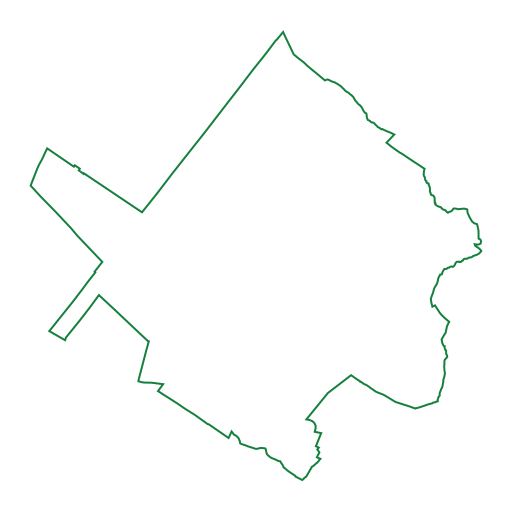 Villa de Tezontepec, Hidalgo, Mexico (Robinson projection)
{"feature_id": "50627088B126252484853", "entity_name": "Villa de Tezontepec", "entity_type": "district", "adm_level": 2, "iso_a3": "MEX", "parent_name": "Mexico", "parent_adm1": "Hidalgo", "projection": "robinson", "projection_center": [-98.78, 19.914], "detail": "fine", "context": "isolated", "style": "outline", "palette": "green", "viewbox_px": 512, "rotation_deg": 0, "n_neighbors": 0, "source": "geoboundaries", "source_scale": "gbopen_adm2", "svg_char_len": 5983}
<svg xmlns="http://www.w3.org/2000/svg" viewBox="0 0 512 512"><path d="M283.1,32.0L278.2,38.0L277.0,39.6L276.6,39.7L275.3,41.1L266.2,53.2L253.1,69.6L240.3,86.4L216.4,117.3L205.0,132.1L189.1,152.2L172.3,173.5L157.5,192.9L142.0,212.3L84.0,173.4L83.7,174.0L78.8,170.4L79.8,168.7L74.8,165.3L73.9,166.7L47.2,148.4L45.8,151.2L42.2,159.0L38.9,165.0L37.3,168.5L31.8,182.6L30.7,185.7L40.4,196.3L55.1,211.3L71.3,228.5L77.1,235.5L77.9,236.3L102.3,261.9L94.6,271.7L95.3,272.4L87.8,281.9L82.5,289.1L72.3,302.4L49.3,331.1L65.1,340.2L66.0,337.5L79.9,320.3L89.5,307.9L98.9,295.1L114.2,309.3L147.9,341.1L148.8,341.3L146.8,348.5L146.7,348.8L143.3,361.8L138.5,380.3L138.4,381.2L141.1,382.1L143.7,382.5L145.7,382.6L151.6,382.7L163.1,384.2L158.0,391.1L177.1,403.3L184.8,408.6L187.6,410.4L194.7,414.8L207.7,424.1L208.7,424.3L228.6,438.0L231.6,431.5L233.9,434.6L236.3,435.8L238.5,438.1L239.8,441.2L240.2,443.4L241.9,444.2L242.9,444.5L244.4,445.0L246.2,445.6L247.4,446.1L248.3,446.5L249.2,446.7L250.0,447.0L250.9,447.4L251.8,447.5L252.7,447.8L254.7,448.6L256.6,448.9L259.2,448.3L260.8,447.9L263.0,448.1L265.2,448.4L265.6,448.8L265.9,450.1L266.6,453.2L267.0,454.3L269.0,456.2L269.8,456.9L270.5,457.4L272.1,458.2L275.6,459.6L276.2,459.8L277.6,460.7L279.8,461.3L280.3,461.3L281.3,463.2L282.1,464.2L282.8,465.3L283.7,467.4L286.0,469.2L287.3,470.4L289.2,471.8L292.4,473.9L294.6,475.3L295.4,476.0L295.4,476.5L302.2,480.0L303.3,479.2L304.2,478.1L305.1,477.4L306.0,476.8L306.9,475.5L309.3,471.3L310.4,469.4L311.1,468.4L311.7,466.9L313.1,466.1L315.3,464.2L316.2,463.4L317.3,462.6L320.4,458.8L316.9,457.3L319.4,452.4L317.3,449.4L318.8,447.6L315.9,446.2L321.2,433.1L314.7,431.8L315.2,429.9L315.6,428.7L315.6,425.5L314.1,422.7L312.4,421.2L309.6,420.0L306.4,419.4L327.9,393.0L351.1,375.2L356.3,378.9L360.3,381.4L360.2,381.7L361.8,382.4L363.1,383.4L364.5,384.3L365.7,384.6L367.9,386.0L369.2,386.9L370.3,387.8L373.1,389.7L374.4,390.7L376.0,391.7L377.5,392.4L383.2,394.6L384.3,395.2L385.3,395.8L386.8,396.7L388.3,397.5L389.6,398.4L395.6,402.0L409.4,406.4L415.2,408.5L415.5,408.2L415.9,408.1L416.8,408.1L418.6,407.6L423.9,405.9L427.5,404.6L429.7,403.9L430.9,403.7L432.3,403.3L432.8,402.8L433.7,402.5L435.7,402.1L436.2,401.7L437.8,401.3L437.6,400.2L437.7,399.5L438.3,398.2L438.3,397.2L439.7,395.7L439.6,393.4L440.1,391.9L440.4,391.5L440.8,390.0L441.3,388.8L442.0,387.7L442.5,386.1L442.9,383.6L443.2,382.7L443.3,380.8L443.4,379.8L444.5,376.0L444.5,375.1L444.8,374.5L444.9,373.2L444.5,370.7L444.3,368.4L444.2,366.5L444.4,364.3L444.4,361.8L444.5,360.8L444.7,360.1L445.3,359.1L446.2,358.2L447.2,357.0L447.1,355.6L446.2,353.9L446.1,351.7L446.1,350.4L445.2,349.8L444.5,347.2L444.7,346.2L443.6,345.8L442.3,343.2L441.6,339.4L443.6,335.9L444.6,334.3L445.6,332.8L446.6,328.1L446.9,326.6L448.2,323.6L449.2,321.8L444.8,318.1L442.9,316.3L441.3,314.7L439.7,312.7L435.0,305.4L432.4,306.7L431.4,302.8L430.8,298.6L433.1,292.5L433.9,289.4L434.6,287.5L435.9,285.6L437.2,283.1L437.9,280.6L438.1,279.0L438.9,276.8L439.7,275.7L439.9,274.8L440.4,274.5L441.1,274.5L441.8,274.3L442.1,273.9L442.3,272.7L442.6,272.0L443.0,271.1L443.8,269.9L444.2,269.2L444.4,269.0L446.4,268.9L446.9,268.6L447.4,268.1L447.9,267.8L448.9,267.7L449.5,267.2L450.4,266.7L451.5,266.5L452.1,266.5L452.8,266.9L453.2,266.7L453.5,266.5L453.9,266.1L455.2,264.3L455.2,263.6L455.4,263.3L455.7,262.9L456.1,262.5L456.6,261.9L456.8,261.8L459.3,261.7L459.4,262.0L459.9,262.1L460.7,261.9L461.5,261.5L461.8,261.3L462.1,260.6L463.0,260.4L463.4,259.8L463.5,259.5L463.7,259.2L464.1,258.9L465.4,258.7L466.3,258.9L466.7,258.8L467.2,258.6L468.2,258.1L468.6,257.7L468.9,257.6L470.3,257.5L470.6,257.4L471.7,257.1L472.4,256.7L472.6,256.4L473.4,255.9L476.6,254.9L478.7,253.8L480.3,252.3L481.3,251.0L480.4,249.7L478.5,248.0L475.3,245.9L474.7,244.2L478.0,244.7L480.5,243.7L481.1,241.5L480.4,239.5L478.6,238.6L478.5,230.6L477.1,224.2L474.1,223.2L472.0,221.4L470.3,218.5L469.0,216.1L467.5,212.5L467.3,209.6L466.8,209.2L465.8,209.0L464.2,208.6L457.9,209.2L456.0,208.6L453.8,208.5L453.1,209.0L452.1,210.6L451.6,210.9L450.7,211.5L450.0,211.7L449.2,212.0L448.8,212.2L447.9,212.7L447.0,212.2L446.5,211.5L445.9,210.9L445.3,210.2L444.8,210.1L444.0,209.8L443.4,209.6L443.1,209.5L442.0,208.6L441.7,208.5L441.6,208.4L441.4,207.9L441.2,207.5L440.9,207.3L440.1,207.0L439.3,206.8L438.6,206.5L438.2,206.4L436.6,205.5L435.9,204.9L435.4,204.4L435.2,204.1L435.5,203.5L435.5,203.3L435.1,202.9L434.7,202.7L434.7,202.4L434.9,202.0L434.9,201.7L434.7,201.2L434.6,200.8L434.7,200.3L434.6,200.0L434.6,199.7L434.7,199.0L434.6,198.2L434.5,197.5L434.2,197.0L433.9,196.6L433.7,196.2L433.4,195.6L432.9,195.4L432.4,195.3L431.4,195.0L430.9,194.5L430.6,193.0L430.1,192.1L429.9,191.2L430.0,188.9L429.8,188.0L429.8,187.5L429.6,186.8L429.2,186.1L429.1,185.6L428.9,185.0L428.7,184.5L428.6,184.2L428.6,183.7L428.5,183.4L428.1,183.3L427.2,183.2L426.7,182.6L426.4,182.1L426.5,181.2L425.7,180.6L425.3,180.0L424.9,178.6L424.9,177.5L424.4,176.6L424.0,176.1L423.7,174.9L423.8,173.8L423.8,172.1L424.1,170.8L424.3,169.8L424.3,168.8L424.4,168.7L418.7,164.9L414.1,161.9L406.9,157.1L403.1,154.5L400.5,152.9L399.9,152.7L396.4,150.2L395.7,149.8L395.1,149.2L394.3,148.8L393.0,147.7L391.5,146.8L389.8,145.3L386.5,142.7L394.3,134.5L391.7,133.3L390.6,132.7L387.8,131.6L384.7,130.3L382.4,129.1L381.8,129.4L380.4,128.6L379.1,127.6L377.9,127.2L376.8,125.9L375.4,124.6L374.2,123.2L372.9,122.5L371.6,122.4L371.0,122.1L369.9,120.9L367.8,119.9L367.1,118.3L366.7,116.2L366.6,114.3L366.2,113.3L365.4,113.0L364.6,112.4L363.7,111.1L362.8,109.5L362.3,108.3L361.4,106.9L360.1,105.4L358.4,104.2L357.0,102.5L355.6,100.9L355.1,100.3L353.1,96.7L352.4,96.2L351.5,95.2L350.1,94.3L349.3,93.4L348.4,92.7L346.6,91.7L344.8,90.3L344.0,89.3L342.4,87.8L341.2,86.5L338.1,84.3L335.9,83.1L334.8,82.4L332.8,81.8L330.8,81.0L329.5,80.2L328.4,79.7L327.4,79.5L326.2,79.9L324.9,80.4L315.6,72.6L315.3,72.4L307.4,65.9L304.9,63.4L304.4,62.9L297.2,57.3L294.0,54.6L293.8,54.5L289.7,46.0L288.9,44.3L287.8,42.0L287.4,41.2L285.1,36.4L283.1,32.0Z" fill="none" stroke="#15803d" stroke-width="2"/></svg>